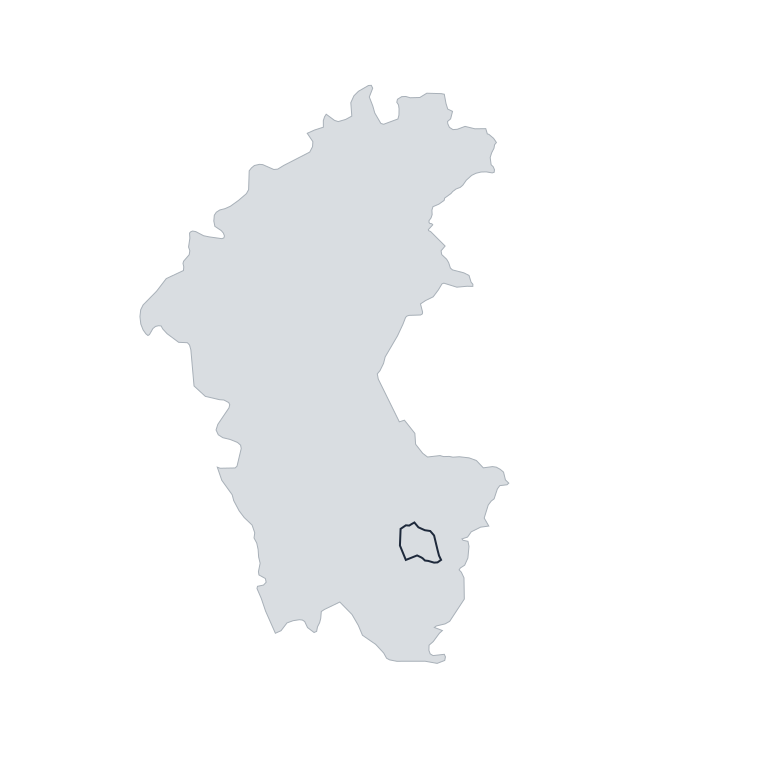 where Fria sits in Guinea, rotated 244°
{"feature_id": "GIN-5638", "entity_name": "Fria", "entity_type": "Prefecture", "adm_level": 1, "iso_a3": "GIN", "parent_name": "Guinea", "parent_adm1": "", "projection": "mercator", "projection_center": [-13.527, 10.477], "detail": "fine", "context": "in_parent", "style": "outline", "palette": "slate", "viewbox_px": 768, "rotation_deg": 244, "n_neighbors": 0, "source": "natural_earth", "source_scale": "10m", "svg_char_len": 4092}
<svg xmlns="http://www.w3.org/2000/svg" viewBox="0 0 768 768"><g transform="rotate(244 384 384)"><path d="M464.8,495.3L459.1,494.5L456.5,495.6L448.9,504.5L444.3,508.0L437.3,506.9L434.7,507.6L432.8,506.6L435.4,501.6L439.1,491.9L448.4,482.0L448.6,480.0L444.8,474.2L440.8,466.4L440.8,458.0L440.0,451.9L431.7,450.2L430.2,449.2L430.0,447.1L434.7,436.6L435.0,434.5L434.4,432.6L429.4,427.2L421.4,417.3L407.8,396.9L402.7,392.6L397.8,386.3L396.0,382.4L390.9,381.0L343.3,381.2L342.5,386.5L326.1,390.1L316.0,386.0L304.7,388.4L299.3,391.1L295.1,403.0L292.7,405.6L290.3,410.9L288.0,413.9L285.6,419.8L280.3,428.1L274.7,433.5L265.1,436.5L262.2,445.3L260.0,448.5L256.3,451.1L252.4,452.8L244.6,451.1L240.2,452.7L239.5,450.4L241.9,443.5L240.0,439.9L232.5,432.6L231.8,429.1L229.5,424.6L219.6,415.3L210.4,415.9L213.0,408.0L212.9,397.6L209.8,392.0L210.6,386.2L208.9,386.5L205.8,390.5L200.8,389.2L190.8,383.1L185.8,377.1L185.2,372.0L184.0,370.0L181.0,371.0L174.7,370.9L155.5,361.9L141.9,339.0L141.6,333.8L143.6,324.9L143.1,322.5L136.8,328.4L135.7,324.5L130.9,315.3L129.5,310.0L124.9,307.6L121.2,307.2L118.4,309.0L114.6,319.7L111.8,319.6L108.9,317.4L109.6,309.3L116.9,299.3L129.2,273.9L133.6,268.1L136.4,266.1L142.3,265.8L153.6,262.4L167.6,254.5L178.3,255.1L190.9,254.2L207.4,248.7L207.5,231.7L207.0,227.9L201.1,224.4L197.7,221.5L194.8,217.7L191.2,215.0L191.3,212.2L198.6,208.5L205.3,208.6L207.6,207.2L209.2,204.7L211.1,198.6L211.8,192.1L207.4,183.3L207.6,177.1L231.8,178.0L245.0,179.7L255.9,180.2L257.6,181.6L256.1,187.6L257.5,191.2L261.2,192.1L267.2,187.9L270.4,188.9L277.2,194.1L283.5,195.5L290.4,198.3L296.8,199.9L302.6,199.7L306.9,202.6L315.0,203.6L325.3,199.8L333.5,198.2L345.0,197.8L351.0,199.0L368.5,196.0L382.3,197.7L380.1,199.8L373.8,213.4L374.6,215.9L388.6,227.4L391.9,228.3L395.7,226.7L401.7,221.3L406.4,215.6L411.0,212.8L416.3,212.9L420.6,217.0L430.5,234.2L433.0,236.3L435.4,236.3L439.8,233.1L442.0,229.3L451.2,218.0L465.5,212.4L499.4,225.4L504.3,226.3L507.3,225.4L511.5,217.7L524.3,211.1L530.4,209.3L533.9,209.1L535.2,207.0L535.9,203.9L535.2,200.7L531.2,194.8L531.1,193.1L533.4,192.0L538.2,191.2L544.5,191.7L551.6,194.2L557.4,197.9L560.7,202.2L567.1,220.3L574.2,234.5L573.9,253.5L577.1,255.4L580.5,256.2L582.2,257.7L585.6,265.6L588.9,267.9L592.8,268.4L600.1,273.4L604.9,275.4L605.5,276.9L605.4,279.0L603.5,281.6L596.4,286.8L592.9,291.3L585.7,302.0L585.5,304.1L587.0,305.5L590.0,305.8L593.2,305.0L599.8,301.1L605.1,302.5L610.1,305.5L611.9,308.6L612.4,312.7L611.3,317.9L611.1,323.8L612.8,333.8L615.4,343.8L618.0,347.5L634.7,356.3L636.3,359.6L637.2,363.3L636.0,368.4L634.3,371.2L625.1,379.0L623.7,382.7L624.4,389.7L625.0,418.9L628.6,423.8L633.0,426.3L643.0,424.9L642.7,433.0L641.4,442.1L647.3,444.9L650.2,447.7L651.8,450.3L642.6,455.1L639.9,457.9L638.6,465.5L638.9,472.5L651.4,477.5L656.2,483.3L658.3,489.4L659.1,500.9L658.0,503.5L654.8,503.5L648.4,496.6L638.8,495.8L631.6,494.5L619.6,495.4L617.6,497.5L616.1,512.7L619.1,515.3L624.8,518.2L628.5,519.4L631.6,519.0L634.0,520.9L634.5,525.9L632.9,529.6L629.8,533.0L625.8,541.8L626.6,549.9L619.9,562.7L618.0,565.2L609.0,562.7L603.2,561.8L599.0,565.1L593.1,560.1L592.1,556.2L589.9,555.4L586.0,555.3L582.4,557.5L580.8,561.6L580.0,569.8L573.5,577.6L568.9,587.4L563.5,586.5L562.4,587.7L556.7,590.2L551.8,590.9L550.6,588.3L547.7,586.2L544.6,582.1L541.0,578.7L534.1,576.4L531.4,577.4L528.1,577.2L526.0,575.8L526.3,573.8L529.9,568.8L532.0,564.1L533.1,559.0L533.1,554.2L531.1,547.3L528.1,541.9L527.3,538.7L527.7,534.3L526.9,530.1L525.9,527.9L524.5,520.0L522.7,518.6L521.6,512.2L521.9,505.7L519.3,503.3L515.1,501.5L512.6,499.0L511.1,496.1L509.6,495.3L508.3,495.5L507.1,497.2L505.7,497.6L503.3,491.5L502.3,491.3L500.6,492.7L481.2,499.4L478.7,493.7L475.0,492.6L468.6,495.0L464.8,495.3Z" fill="#d9dde1" stroke="#a8b0b8" stroke-width="1"/><path d="M216.3,326.5L231.8,327.5L246.5,335.4L247.4,341.7L245.7,344.6L246.0,347.4L246.2,350.6L240.1,352.1L234.7,356.6L231.6,361.1L225.9,362.6L211.5,359.4L205.6,358.2L200.9,358.2L200.2,353.9L201.5,350.7L205.6,346.2L207.4,343.4L210.5,342.3L211.9,341.4L215.4,338.6L216.3,326.5Z" fill="none" stroke="#1e293b" stroke-width="2"/></g></svg>